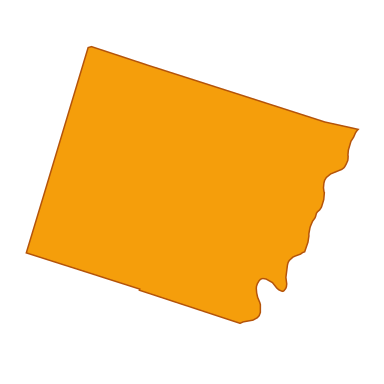 Belmont, Ohio, United States of America (Equal Earth projection), rotated 15°
{"feature_id": "52423323B48788624024896", "entity_name": "Belmont", "entity_type": "district", "adm_level": 2, "iso_a3": "USA", "parent_name": "United States of America", "parent_adm1": "Ohio", "projection": "equal_earth", "projection_center": [-80.794, 40.011], "detail": "fine", "context": "isolated", "style": "filled", "palette": "amber", "viewbox_px": 384, "rotation_deg": 15, "n_neighbors": 0, "source": "geoboundaries", "source_scale": "gbopen_adm2", "svg_char_len": 1151}
<svg xmlns="http://www.w3.org/2000/svg" viewBox="0 0 384 384"><g transform="rotate(15 192 192)"><path d="M54.3,79.4L49.6,234.5L47.7,293.7L166.7,299.3L166.6,300.5L272.4,306.4L275.1,304.2L284.0,300.0L287.6,296.6L288.9,294.1L289.2,290.6L287.2,283.1L286.0,281.1L282.7,276.8L280.6,272.8L279.1,268.6L278.7,266.5L278.9,263.5L279.8,260.3L280.7,258.7L282.1,257.5L283.6,257.1L286.2,256.9L293.2,258.7L298.7,262.8L301.1,264.0L304.1,264.5L305.2,264.5L305.9,264.1L306.4,263.5L307.5,261.0L307.7,259.1L307.3,256.3L304.8,250.2L303.1,237.8L303.1,235.2L303.7,232.9L306.3,228.8L308.2,227.2L312.9,223.9L314.6,221.8L316.3,220.6L317.0,210.5L316.3,204.2L315.7,202.2L315.2,195.9L315.3,194.3L316.0,189.1L317.5,185.2L317.7,183.6L317.7,180.4L318.3,178.7L319.9,176.3L320.9,173.4L321.0,172.2L321.2,166.8L321.2,165.1L320.0,158.3L319.4,157.6L317.9,153.9L317.1,149.3L317.1,146.3L318.0,143.2L321.3,138.6L330.9,131.3L332.4,129.4L333.0,128.0L333.7,125.2L334.3,121.3L334.1,119.6L333.5,116.8L333.1,116.2L332.2,111.1L332.4,101.9L333.9,97.2L334.6,92.5L335.4,90.2L336.3,88.5L302.1,90.0L239.2,86.9L116.8,81.0L57.3,77.6L54.3,79.4Z" fill="#f59e0b" stroke="#b45309" stroke-width="1.5"/></g></svg>